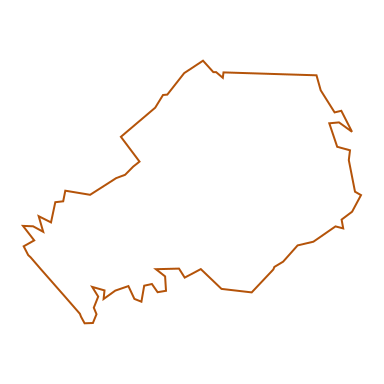 the district of Knox, Tennessee, United States of America
{"feature_id": "52423323B15791543684025", "entity_name": "Knox", "entity_type": "district", "adm_level": 2, "iso_a3": "USA", "parent_name": "United States of America", "parent_adm1": "Tennessee", "projection": "mercator", "projection_center": [-83.983, 35.991], "detail": "fine", "context": "isolated", "style": "outline", "palette": "amber", "viewbox_px": 384, "rotation_deg": 0, "n_neighbors": 0, "source": "geoboundaries", "source_scale": "gbopen_adm2", "svg_char_len": 1016}
<svg xmlns="http://www.w3.org/2000/svg" viewBox="0 0 384 384"><path d="M203.0,60.7L184.2,73.1L167.3,94.6L163.0,95.0L155.2,107.7L120.9,136.8L139.5,161.6L133.2,166.6L125.1,174.8L116.2,178.1L90.1,194.8L65.3,190.7L63.2,201.3L55.3,202.2L51.0,222.4L38.7,216.2L43.2,231.8L33.1,226.3L23.0,225.9L34.2,240.4L23.7,246.3L28.2,255.1L30.6,257.3L40.5,268.8L65.2,296.9L79.9,313.8L81.0,316.7L84.6,323.3L92.9,323.0L96.5,314.2L93.8,307.7L98.2,296.6L92.2,286.9L104.5,290.4L103.6,299.0L115.3,290.6L128.4,286.1L134.4,298.9L141.4,301.7L144.2,285.7L151.9,284.0L157.6,292.2L166.0,290.8L165.1,276.4L155.9,269.2L179.0,268.6L184.7,277.6L200.8,269.1L221.5,288.9L251.7,292.4L273.3,269.5L274.4,266.9L283.1,261.7L297.6,245.4L313.4,241.7L335.5,226.4L343.2,228.4L341.6,219.6L352.1,211.7L361.0,195.1L355.0,191.7L348.8,160.1L350.0,150.3L337.2,146.8L329.3,123.3L339.0,122.4L352.0,131.8L341.3,110.8L334.6,112.4L320.7,90.3L316.5,75.3L287.0,74.4L223.5,72.4L222.8,77.8L216.1,72.1L213.3,72.1L203.0,60.7Z" fill="none" stroke="#b45309" stroke-width="2"/></svg>